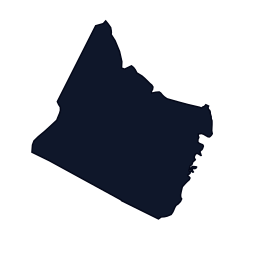 Seberang Perai Selatan, Pulau Pinang, Malaysia (orthographic projection), rotated 125°
{"feature_id": "92858781B33642984560897", "entity_name": "Seberang Perai Selatan", "entity_type": "district", "adm_level": 2, "iso_a3": "MYS", "parent_name": "Malaysia", "parent_adm1": "Pulau Pinang", "projection": "orthographic", "projection_center": [100.455, 5.21], "detail": "fine", "context": "isolated", "style": "filled", "palette": "ink", "viewbox_px": 256, "rotation_deg": 125, "n_neighbors": 0, "source": "geoboundaries", "source_scale": "gbopen_adm2", "svg_char_len": 2185}
<svg xmlns="http://www.w3.org/2000/svg" viewBox="0 0 256 256"><g transform="rotate(125 128 128)"><path d="M191.2,91.4L185.1,51.6L185.0,50.9L181.8,49.8L179.8,47.3L177.7,45.4L174.1,43.1L171.5,43.1L169.5,43.4L166.3,44.1L163.8,44.3L161.5,43.4L158.1,42.9L155.3,43.4L154.6,45.0L152.6,46.6L149.8,47.9L145.0,49.8L140.7,49.3L138.2,48.9L135.2,48.2L133.4,48.6L133.1,49.4L133.0,50.4L132.8,51.5L132.5,51.9L131.5,52.0L130.5,51.4L129.2,51.3L128.3,51.8L128.2,52.9L127.6,54.0L126.6,54.2L126.3,52.9L126.6,52.2L127.0,51.4L127.1,50.6L127.1,50.0L126.9,49.4L126.5,49.3L126.2,50.1L125.5,51.5L124.3,51.7L123.7,51.2L123.1,50.2L122.3,49.5L121.5,49.3L120.7,49.4L120.7,50.0L121.1,50.6L121.4,51.2L121.8,51.8L122.4,52.9L122.8,53.3L123.4,53.3L124.2,53.4L125.1,53.2L125.4,54.5L125.2,54.8L124.5,55.1L123.7,55.4L122.9,55.3L121.8,54.9L120.7,54.8L119.3,55.3L118.4,55.4L116.0,54.8L115.4,54.7L114.5,56.5L113.7,57.2L112.9,57.4L110.7,57.8L109.4,57.1L108.9,56.1L108.8,54.7L108.7,52.5L108.4,52.4L108.0,53.2L107.4,53.8L106.8,54.7L106.5,55.3L105.8,55.5L104.6,55.5L103.5,55.1L102.4,55.1L101.6,55.3L100.5,55.6L99.6,55.9L99.0,56.8L99.0,57.7L99.4,59.3L99.6,60.4L99.7,61.5L99.5,62.4L99.1,63.0L97.2,64.2L95.9,64.4L94.9,64.7L94.5,65.4L94.2,66.1L93.4,66.4L92.6,66.9L90.4,64.7L89.7,62.4L89.6,60.7L89.4,58.7L89.3,57.4L88.5,56.1L87.2,55.8L86.1,55.6L84.4,55.7L82.2,57.9L77.0,61.2L74.7,62.8L73.7,63.6L72.9,64.9L72.1,65.6L70.9,66.5L69.2,68.7L68.0,69.6L67.1,70.6L66.7,71.5L66.7,72.6L65.5,74.1L63.8,74.6L64.3,77.6L65.6,77.7L66.7,77.9L67.5,78.6L68.1,78.8L69.5,79.3L69.7,79.8L69.9,81.1L74.4,92.3L77.8,101.6L81.7,112.8L81.7,116.3L81.3,118.8L80.6,121.3L80.6,123.1L83.1,126.1L85.8,128.4L84.5,130.0L82.4,130.0L80.1,131.1L79.2,133.2L79.0,135.7L77.8,142.6L77.4,146.4L77.6,149.4L77.8,152.4L76.2,155.4L75.3,158.1L75.1,160.8L81.7,164.5L82.6,167.7L77.2,171.1L70.2,178.8L64.9,187.1L63.9,188.7L61.5,194.4L61.0,195.6L59.5,196.3L57.9,197.6L55.7,199.8L54.2,203.9L53.1,207.7L56.7,208.1L62.8,213.1L146.9,201.0L147.1,200.7L148.6,198.1L149.6,195.5L152.2,193.5L155.0,192.5L159.6,191.5L162.5,190.8L170.5,192.5L178.9,194.4L186.6,196.5L192.5,197.6L196.7,196.5L202.9,192.8L199.9,173.8L190.9,92.8L191.2,91.4Z" fill="#0f172a" stroke="#020617" stroke-width="1.5"/></g></svg>